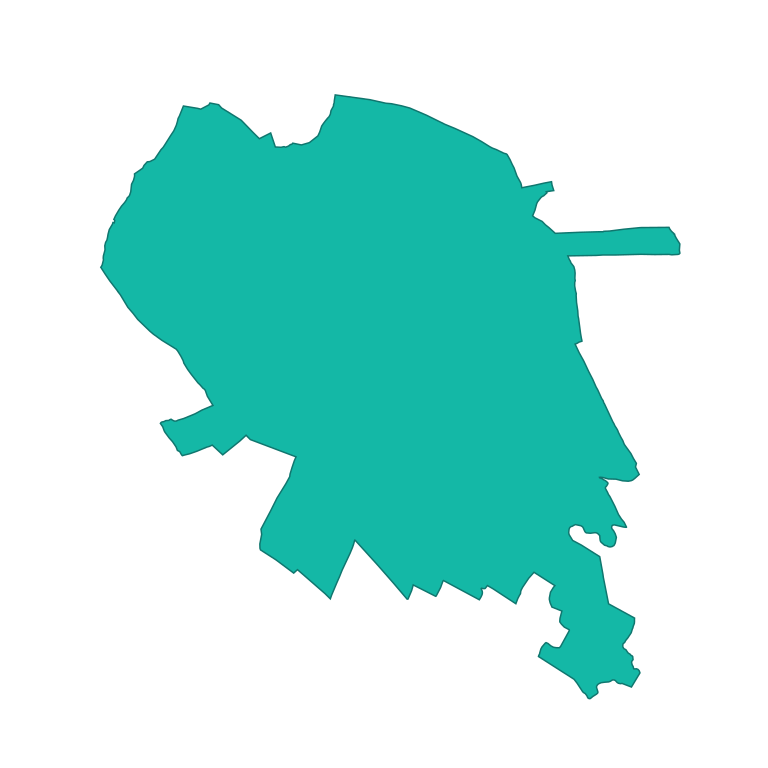 Balasesti, Galati, Romania, rotated 189°
{"feature_id": "2599482B78270721119928", "entity_name": "Balasesti", "entity_type": "district", "adm_level": 2, "iso_a3": "ROU", "parent_name": "Romania", "parent_adm1": "Galati", "projection": "equal_earth", "projection_center": [27.624, 46.103], "detail": "fine", "context": "isolated", "style": "filled", "palette": "teal", "viewbox_px": 768, "rotation_deg": 189, "n_neighbors": 0, "source": "geoboundaries", "source_scale": "gbopen_adm2", "svg_char_len": 6151}
<svg xmlns="http://www.w3.org/2000/svg" viewBox="0 0 768 768"><g transform="rotate(189 384 384)"><path d="M299.2,630.4L301.8,630.7L309.7,633.1L313.6,633.9L316.6,634.9L325.3,638.6L334.9,642.2L353.9,647.5L364.4,650.0L384.0,656.1L401.7,660.6L410.1,661.5L420.6,662.0L426.1,661.6L442.1,662.6L477.4,661.9L477.4,656.0L477.2,654.0L477.6,651.6L477.3,650.8L479.1,645.8L479.2,642.1L480.1,639.4L481.8,637.0L481.8,636.5L482.5,635.7L484.6,631.8L485.9,629.0L486.9,622.9L488.1,618.7L495.5,610.7L503.0,607.2L511.8,607.6L512.7,606.2L513.9,605.9L515.5,604.1L518.2,602.5L519.9,602.8L522.7,601.7L528.4,601.1L535.2,614.2L545.5,606.8L552.7,612.0L566.3,622.2L587.6,631.2L591.0,634.0L599.9,634.3L600.6,632.3L608.0,626.8L611.1,627.1L625.6,627.2L628.0,616.7L628.9,614.1L629.1,611.0L629.6,607.1L631.2,601.2L633.5,596.2L638.1,585.5L639.2,583.1L640.9,580.6L645.7,570.2L650.0,567.1L652.6,566.4L655.2,562.4L656.1,559.4L663.3,552.5L662.9,550.6L662.9,549.5L663.3,545.9L664.6,541.8L664.2,534.2L664.8,530.6L665.4,529.3L666.7,527.7L667.2,525.5L668.6,522.6L671.1,518.6L673.1,514.3L675.5,508.2L676.6,504.3L675.5,503.6L675.6,501.0L677.0,501.1L677.2,499.4L679.5,493.6L680.0,488.7L680.0,485.6L680.2,482.7L681.1,480.4L681.4,476.9L680.6,473.2L680.6,472.1L681.2,466.6L681.0,464.3L680.5,462.6L681.0,457.4L681.5,455.9L682.0,455.0L676.2,448.5L670.8,442.8L661.2,433.7L661.3,433.6L658.4,430.9L649.0,419.7L643.0,414.6L637.3,409.2L623.3,399.4L619.5,397.1L610.2,392.4L594.7,385.9L592.9,384.3L588.9,379.6L586.0,375.6L584.9,373.2L580.2,367.7L575.9,363.4L567.9,356.0L565.7,354.5L562.1,351.5L560.6,350.8L560.0,350.2L559.5,349.7L556.5,344.2L549.6,336.1L559.7,329.8L565.8,325.1L568.2,323.6L576.6,318.5L581.7,316.1L583.4,314.9L585.2,314.6L587.0,315.1L588.8,315.9L589.9,315.3L590.8,314.4L593.8,313.7L595.4,312.5L597.5,311.7L598.2,311.1L598.7,310.1L595.9,307.2L593.8,303.4L592.8,302.1L587.7,297.1L583.8,293.9L579.6,289.4L577.6,286.0L576.6,285.8L574.9,285.0L573.5,283.1L572.2,281.8L571.7,281.7L570.7,282.3L565.0,284.7L558.3,288.3L549.2,293.9L546.6,295.1L544.1,296.8L532.2,288.8L517.4,305.2L512.2,311.8L507.3,308.2L459.5,298.3L460.6,294.0L461.8,286.9L462.7,280.3L462.6,277.8L465.3,270.2L471.8,254.7L476.2,240.8L482.8,221.4L481.3,216.3L481.6,206.6L480.8,202.3L480.0,200.8L463.4,193.5L443.6,183.1L440.4,187.1L409.4,167.7L403.4,163.4L402.7,167.3L399.5,180.3L397.8,186.7L396.2,193.7L391.0,211.6L389.6,217.4L389.0,220.8L388.5,225.2L388.1,225.2L361.5,203.8L343.6,188.9L327.5,175.1L326.6,175.4L326.2,177.1L324.4,184.2L323.7,190.1L299.8,182.4L299.4,182.6L298.7,184.5L296.3,191.7L295.0,198.4L294.5,199.2L256.1,185.8L254.9,188.7L254.2,191.2L254.1,193.0L254.5,194.6L256.0,197.0L255.8,197.5L253.1,197.5L252.1,197.9L250.3,201.1L244.3,198.8L219.4,187.6L218.3,193.0L217.1,196.6L216.4,198.2L216.5,200.6L216.3,201.9L215.3,204.9L210.7,214.8L206.4,221.5L183.7,211.6L185.0,209.3L187.0,204.4L187.2,198.8L187.0,197.1L185.7,193.9L183.2,189.9L172.8,187.6L173.5,180.2L173.3,177.5L173.1,176.5L171.1,174.5L167.9,172.1L162.7,170.3L162.4,169.9L162.7,168.6L168.6,152.2L169.7,150.9L172.7,150.5L175.4,150.5L178.3,151.5L181.5,153.4L183.5,153.9L184.2,153.3L186.8,149.1L187.6,146.8L188.1,142.8L188.1,141.8L188.7,140.1L188.8,139.0L150.1,122.1L146.4,118.6L139.8,111.3L138.8,110.5L136.8,109.7L134.9,107.9L133.6,105.9L132.5,105.4L131.5,105.4L130.9,105.7L128.8,108.1L125.7,110.8L124.7,112.0L124.5,112.6L124.6,113.4L126.6,117.5L126.7,118.8L126.2,120.1L125.2,121.4L122.9,122.9L119.3,124.0L115.5,124.9L113.9,125.8L112.1,127.4L110.5,127.7L109.1,127.3L107.1,125.7L105.7,125.1L103.6,125.0L102.0,125.5L92.2,123.4L86.0,138.7L87.0,140.6L88.4,141.8L89.9,142.2L92.6,141.7L92.9,141.9L93.6,143.7L95.1,145.7L95.9,147.8L95.9,148.8L94.9,150.7L95.7,153.7L96.4,154.3L97.5,154.6L98.6,155.6L100.6,156.4L101.8,157.5L103.5,159.4L105.6,160.1L106.9,161.6L107.2,162.6L107.3,164.4L107.0,165.2L105.9,166.3L105.2,168.4L103.5,171.3L100.9,177.0L100.4,180.8L100.0,182.1L100.0,183.3L99.3,186.6L99.4,188.4L99.8,190.8L99.9,192.0L127.8,202.0L137.1,227.3L137.9,230.0L143.9,247.2L163.9,255.8L173.2,259.0L177.6,264.2L178.3,266.0L178.5,269.4L178.1,271.2L177.2,272.3L175.9,272.9L173.9,274.5L172.9,275.1L167.4,274.8L166.1,274.3L165.0,273.5L162.8,270.1L162.0,269.2L160.9,268.6L156.8,268.9L152.3,270.2L150.7,270.2L149.3,269.6L147.2,268.0L146.4,264.6L145.9,263.1L145.3,262.1L144.4,261.4L141.0,259.3L138.3,259.0L137.3,258.5L135.3,258.4L133.3,259.1L131.7,260.4L131.3,261.2L130.7,263.2L130.5,268.9L132.2,272.2L133.0,273.3L134.3,275.0L136.4,276.9L136.7,277.8L136.7,279.5L136.1,280.3L134.4,280.9L125.2,280.2L122.7,280.3L122.2,280.4L122.1,280.6L125.2,285.0L128.4,287.8L132.0,291.8L136.8,299.3L143.2,308.1L145.1,310.1L146.0,311.6L148.9,315.4L149.1,316.1L149.0,316.8L148.1,318.2L147.2,320.6L147.6,321.6L150.4,323.3L152.2,323.8L154.1,324.7L156.4,325.1L156.6,325.5L155.5,325.8L153.0,325.9L147.6,325.3L140.0,326.3L133.3,325.7L127.5,326.2L124.7,327.2L123.3,328.1L121.5,330.0L117.8,334.6L122.6,341.3L122.3,345.1L126.0,349.5L129.3,354.0L136.7,361.4L137.7,362.7L139.3,365.5L141.8,368.6L144.9,372.9L145.9,374.7L147.4,376.6L149.4,378.8L150.7,380.8L152.1,382.5L163.3,399.1L164.0,399.8L164.9,401.7L166.8,403.8L172.1,411.8L174.1,414.3L178.6,421.3L183.7,428.2L190.2,437.8L196.2,445.5L201.5,453.3L199.6,454.4L197.9,455.9L195.2,457.2L195.4,458.1L196.1,459.8L197.7,464.5L202.1,479.3L202.9,481.3L204.1,486.7L206.6,494.7L208.1,501.7L208.2,503.3L209.3,505.7L211.0,510.7L211.5,514.1L211.3,516.0L212.0,518.2L212.6,523.4L213.4,526.4L214.9,529.7L218.4,533.0L219.1,534.4L220.4,535.9L222.5,539.3L194.5,544.2L188.3,545.6L175.8,547.6L150.5,552.3L136.8,554.2L122.7,556.6L120.1,556.6L113.8,558.0L112.6,558.7L112.2,559.5L113.2,562.4L113.7,568.6L118.2,573.8L119.7,575.8L120.5,577.5L120.9,577.4L121.7,578.4L122.1,578.5L124.2,580.0L126.0,581.8L127.0,583.3L155.2,578.6L171.3,574.4L185.4,570.3L190.8,569.2L191.5,568.6L195.5,568.0L215.2,564.3L238.4,559.6L245.6,564.3L249.5,566.5L253.2,569.3L261.0,571.8L263.5,573.4L262.1,579.2L261.4,586.0L260.8,588.0L258.1,592.8L257.2,593.8L255.7,594.9L253.0,598.3L253.8,599.3L246.6,601.6L249.2,606.9L250.2,610.0L257.5,607.4L266.5,603.8L278.6,599.4L279.7,602.6L280.6,604.3L285.2,610.2L289.3,617.7L291.9,621.2L294.6,625.3L298.3,629.9L299.2,630.4Z" fill="#14b8a6" stroke="#0f766e" stroke-width="1.5"/></g></svg>